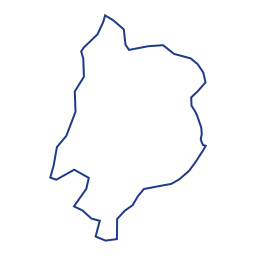 Faleia, Paphos, Cyprus
{"feature_id": "46923920B65906378880060", "entity_name": "Faleia", "entity_type": "district", "adm_level": 2, "iso_a3": "CYP", "parent_name": "Cyprus", "parent_adm1": "Paphos", "projection": "mercator", "projection_center": [32.588, 34.857], "detail": "fine", "context": "isolated", "style": "outline", "palette": "blue", "viewbox_px": 256, "rotation_deg": 0, "n_neighbors": 0, "source": "geoboundaries", "source_scale": "gbopen_adm2", "svg_char_len": 803}
<svg xmlns="http://www.w3.org/2000/svg" viewBox="0 0 256 256"><path d="M81.2,51.4L83.3,58.8L83.9,76.8L74.8,91.4L75.5,111.8L66.3,135.9L56.9,147.1L53.6,165.7L50.3,177.6L56.3,179.7L74.2,169.7L88.8,177.9L86.3,188.9L79.4,198.6L74.0,206.4L82.4,210.4L91.5,218.6L99.8,220.8L95.6,236.5L105.5,240.6L116.9,239.1L117.0,234.9L117.1,224.5L117.1,219.0L124.9,210.6L132.6,205.2L137.9,196.2L143.9,189.0L156.5,186.6L171.2,183.9L179.2,179.4L189.1,170.8L195.5,162.1L203.4,149.9L205.7,145.8L202.9,145.0L200.7,139.6L201.8,133.8L201.2,127.4L197.2,115.9L195.1,111.3L191.5,105.7L191.2,97.4L197.7,91.3L205.5,82.4L203.3,72.6L197.6,64.1L190.7,58.4L174.0,53.9L163.1,45.2L148.4,46.2L129.0,49.9L125.5,44.7L123.8,29.4L113.1,20.2L105.1,15.4L103.2,22.1L97.5,34.3L83.6,47.7L81.2,51.4Z" fill="none" stroke="#1e3a8a" stroke-width="2"/></svg>